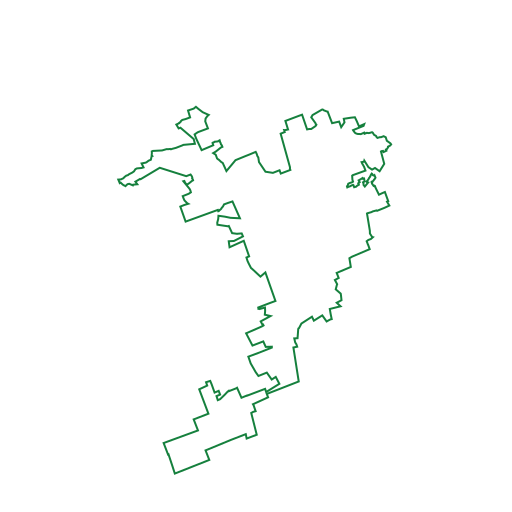 the district of Motul, Yucatán, Mexico, rotated 243°
{"feature_id": "50627088B18979328604802", "entity_name": "Motul", "entity_type": "district", "adm_level": 2, "iso_a3": "MEX", "parent_name": "Mexico", "parent_adm1": "Yucatán", "projection": "robinson", "projection_center": [-89.26, 21.165], "detail": "fine", "context": "isolated", "style": "outline", "palette": "green", "viewbox_px": 512, "rotation_deg": 243, "n_neighbors": 0, "source": "geoboundaries", "source_scale": "gbopen_adm2", "svg_char_len": 6097}
<svg xmlns="http://www.w3.org/2000/svg" viewBox="0 0 512 512"><g transform="rotate(243 256 256)"><path d="M318.6,208.9L314.4,242.9L313.0,242.7L312.9,243.2L313.2,243.7L313.5,244.4L313.4,244.7L313.7,246.0L314.1,246.9L314.5,247.3L315.0,248.8L316.0,250.3L316.5,250.9L316.0,255.1L315.3,259.8L296.9,258.8L301.6,250.6L305.2,246.1L308.9,240.8L307.2,239.8L306.1,239.1L303.3,236.6L301.4,235.8L295.2,244.5L295.1,245.4L287.2,245.1L284.3,249.3L284.3,249.5L282.6,253.5L279.4,253.3L279.4,243.2L281.5,238.4L275.8,236.4L275.1,252.0L258.8,249.7L259.0,246.8L255.5,246.2L252.9,246.1L247.6,246.1L247.3,246.2L247.0,246.4L244.4,247.4L235.6,250.6L237.1,256.9L207.1,252.9L207.9,246.1L209.1,234.6L207.8,234.2L207.5,235.3L207.1,235.3L206.0,240.6L202.9,239.2L199.7,237.2L195.9,241.7L195.6,230.5L191.5,230.6L191.6,231.2L190.7,231.2L190.6,229.9L190.7,226.9L191.6,212.1L177.8,212.2L176.6,223.7L170.6,223.4L168.0,228.9L167.2,228.5L168.6,213.7L169.8,203.5L162.7,202.5L152.6,203.0L148.0,203.7L147.2,212.7L138.8,213.9L139.3,218.7L131.5,218.8L130.2,203.3L133.5,203.8L135.6,184.6L135.8,184.6L136.3,178.7L147.2,179.3L147.1,178.3L147.9,170.1L148.2,170.2L148.0,169.1L146.6,165.2L144.7,159.0L144.9,156.5L149.1,157.2L148.8,161.1L152.8,161.5L153.1,157.1L161.7,158.2L165.5,158.5L166.2,154.2L162.7,153.7L163.0,144.9L137.1,142.0L138.7,126.3L126.9,125.1L131.3,88.8L119.0,87.5L119.0,88.0L107.1,86.2L99.0,84.9L95.5,121.8L105.7,122.8L103.5,150.4L101.9,166.0L97.6,164.8L96.4,175.5L118.3,180.5L118.4,182.8L117.9,185.2L124.0,186.1L125.3,186.0L124.6,202.6L128.2,203.0L126.1,224.1L124.8,237.1L157.5,247.8L156.5,251.5L158.9,251.9L161.2,251.7L165.2,252.7L163.9,255.7L171.8,260.5L172.2,261.0L172.2,261.5L172.5,262.0L175.2,265.8L176.5,278.3L172.1,278.2L173.0,288.1L165.6,289.2L165.7,291.5L165.7,293.7L165.4,294.8L170.2,296.1L175.3,297.7L172.8,308.5L177.7,306.7L177.8,312.1L182.2,313.8L184.0,314.4L190.1,311.9L193.7,315.1L194.0,315.5L198.8,315.4L198.9,319.7L204.3,320.2L203.2,335.5L211.6,338.2L211.8,341.3L210.5,360.4L215.2,361.0L215.4,360.9L216.7,361.1L218.9,361.3L219.3,363.4L219.0,366.0L219.7,368.7L220.3,368.1L224.3,367.7L226.8,368.9L243.5,374.2L243.5,374.7L242.7,378.7L242.7,380.4L241.9,384.1L241.3,384.4L240.6,392.2L240.4,397.7L244.9,397.4L244.8,398.7L254.5,399.9L254.7,396.8L254.8,393.4L261.9,393.5L264.3,393.7L264.4,393.2L265.2,393.1L265.2,392.6L267.9,392.2L268.4,392.7L268.9,392.5L269.5,392.5L269.7,393.2L269.5,393.8L269.9,395.0L270.5,395.9L270.5,396.3L271.5,398.0L273.4,398.2L273.7,398.1L274.2,398.2L274.1,397.8L274.4,397.2L274.8,397.1L275.1,396.8L276.3,396.8L276.9,396.5L276.0,395.0L275.2,394.1L274.9,393.5L274.5,393.1L274.2,392.2L273.6,391.5L272.9,390.1L272.7,389.9L272.2,388.3L271.7,388.3L270.6,389.3L268.5,384.5L270.5,384.1L271.8,384.7L273.1,384.8L273.1,385.2L273.1,386.5L274.4,387.1L275.2,387.1L275.9,387.5L276.1,387.5L276.3,386.3L277.1,386.3L276.9,384.4L276.8,381.8L274.7,381.9L274.6,381.0L274.7,380.7L274.2,380.0L273.5,380.1L272.8,380.0L272.7,377.9L272.4,377.0L272.3,376.5L272.5,375.9L272.6,375.2L272.7,374.7L274.9,375.0L275.3,374.8L275.5,372.9L275.4,371.5L275.7,369.7L275.7,368.5L276.8,368.7L277.0,369.3L277.3,369.8L278.5,371.0L278.4,371.4L278.5,371.7L278.5,372.6L278.1,374.8L278.1,375.8L278.2,376.2L280.1,376.5L283.8,378.1L283.8,378.5L284.1,378.8L282.4,392.3L286.4,392.8L290.1,392.6L291.7,392.7L291.0,395.1L291.8,395.8L284.1,396.5L280.3,398.6L280.4,402.0L275.4,404.6L279.9,412.1L292.4,414.8L292.4,415.5L292.3,416.1L291.8,416.3L291.8,416.9L290.7,416.9L290.6,420.0L291.9,420.1L291.9,421.3L293.0,423.2L293.5,423.3L293.5,425.7L294.1,427.1L295.4,426.9L299.3,424.9L302.9,425.5L304.8,424.1L305.1,421.2L305.6,420.5L306.1,417.8L307.5,417.4L308.1,417.5L308.6,417.4L310.4,416.2L312.9,416.0L313.6,415.6L314.1,413.0L314.4,412.1L315.0,411.2L315.4,410.8L315.5,409.4L315.6,408.5L316.1,408.8L316.8,408.6L317.0,404.7L317.7,403.6L318.7,401.8L320.0,400.6L320.9,400.1L323.8,399.6L324.1,399.6L323.1,410.9L324.4,412.3L324.7,406.6L330.1,407.0L334.7,407.1L336.2,403.2L338.4,396.5L334.9,395.5L332.1,390.4L338.0,391.1L339.8,384.1L352.1,385.4L352.3,385.0L355.1,382.5L355.9,382.2L356.5,381.5L355.9,370.4L354.5,368.2L348.7,369.1L347.1,369.3L346.3,369.1L345.6,369.4L345.1,368.8L344.7,367.8L344.1,362.9L345.1,360.8L345.6,359.0L361.0,361.2L361.4,358.0L363.0,343.5L354.3,342.0L354.4,341.8L354.4,340.8L354.7,340.1L355.0,338.9L355.4,338.3L354.5,338.2L353.9,337.8L353.4,337.8L353.8,333.5L319.8,326.6L318.9,326.2L318.3,325.8L317.1,325.7L318.2,315.5L321.7,315.9L322.4,308.8L326.8,302.7L338.3,301.3L342.8,302.8L344.3,302.6L346.9,303.0L348.9,303.0L349.4,296.2L349.8,292.0L350.7,281.2L350.1,279.9L345.1,268.2L354.0,268.6L355.5,267.7L358.6,266.6L359.6,266.0L360.6,265.6L364.5,266.1L367.1,264.6L367.3,267.6L368.6,274.0L368.5,275.6L370.1,275.8L371.4,275.5L373.1,275.8L373.9,275.7L374.5,275.9L375.6,276.1L375.5,274.4L375.4,274.1L376.6,271.0L376.4,270.4L376.6,269.2L376.5,268.6L374.1,268.2L375.0,255.6L387.6,256.0L392.2,256.5L392.7,260.1L392.6,261.5L391.5,271.1L399.0,271.9L401.4,273.5L402.8,276.3L403.2,277.9L408.3,273.8L413.3,271.4L416.2,270.2L415.6,267.4L416.5,261.5L409.4,260.2L410.0,255.3L410.7,252.1L410.3,250.4L409.8,249.8L409.5,248.0L409.2,247.9L409.3,244.7L404.8,245.0L404.6,246.9L388.5,253.6L383.7,252.5L388.0,241.7L388.0,240.6L388.7,233.7L389.5,230.1L389.7,228.6L390.3,228.2L391.1,226.1L391.8,224.9L392.7,220.2L396.4,211.9L396.5,210.6L394.9,209.9L393.2,208.8L392.2,209.0L392.3,208.3L389.5,206.0L389.7,203.6L389.2,200.9L389.3,200.0L390.4,196.1L386.0,196.0L386.4,193.9L388.1,189.7L388.1,187.9L386.8,185.7L386.5,183.6L386.5,180.0L386.2,178.6L386.5,176.9L386.1,174.8L385.5,173.1L385.5,172.5L385.6,170.4L386.6,168.0L382.8,167.7L382.9,168.7L380.3,169.6L379.0,170.3L378.5,170.8L377.5,171.4L378.2,173.6L378.3,174.2L377.9,175.8L374.8,178.4L375.3,179.0L373.8,182.8L377.0,182.3L377.0,182.9L377.3,187.6L376.8,188.0L378.3,210.3L358.8,230.1L358.3,234.7L356.3,235.0L354.9,234.9L354.1,234.3L353.0,234.5L352.0,234.3L352.0,233.2L351.2,229.5L350.9,226.8L353.3,226.1L355.4,226.2L355.6,225.2L346.0,227.3L344.3,227.3L342.3,226.9L342.0,224.3L342.6,217.9L340.2,217.6L338.0,217.5L334.2,218.7L333.3,219.3L334.0,215.3L334.4,211.0L318.6,208.9Z" fill="none" stroke="#15803d" stroke-width="2"/></g></svg>